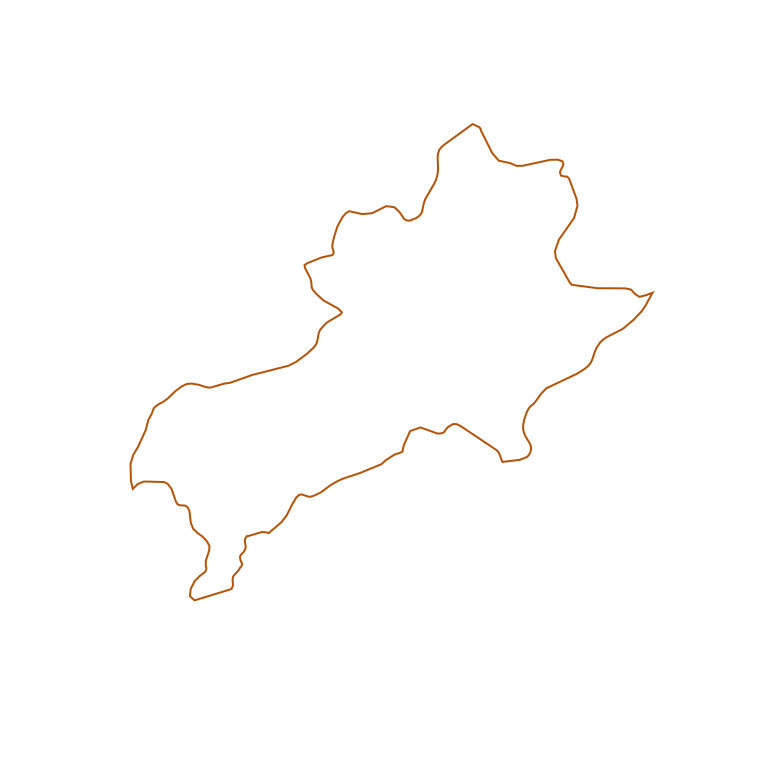 Janakpur, Robinson projection, rotated 210°
{"feature_id": "NPL-1131", "entity_name": "Janakpur", "entity_type": "Administrative Zone", "adm_level": 1, "iso_a3": "NPL", "parent_name": "Nepal", "parent_adm1": "", "projection": "robinson", "projection_center": [86.017, 27.361], "detail": "fine", "context": "isolated", "style": "outline", "palette": "amber", "viewbox_px": 768, "rotation_deg": 210, "n_neighbors": 0, "source": "natural_earth", "source_scale": "10m", "svg_char_len": 3214}
<svg xmlns="http://www.w3.org/2000/svg" viewBox="0 0 768 768"><g transform="rotate(210 384 384)"><path d="M439.9,101.9L446.0,103.2L449.0,110.1L449.4,118.9L447.4,126.0L444.9,132.0L445.5,135.3L447.8,138.0L450.0,142.0L452.1,152.3L454.2,156.5L458.6,159.2L458.8,159.3L464.9,161.1L471.1,161.8L476.9,163.2L481.9,167.2L489.0,176.7L491.9,178.8L494.9,179.4L497.3,178.4L499.8,177.0L502.6,176.6L505.3,178.0L515.5,186.9L521.4,189.4L525.5,189.1L536.6,183.1L543.1,179.5L547.2,174.3L549.1,167.6L554.6,173.4L563.6,188.1L565.7,197.2L565.6,206.8L567.3,224.8L570.1,234.8L570.3,242.2L571.3,248.0L570.1,251.7L568.7,254.4L566.4,258.0L564.1,263.1L561.1,273.5L558.0,280.8L554.7,285.5L550.8,288.2L543.7,290.8L537.3,292.1L534.4,293.1L532.3,294.3L522.4,304.6L518.0,308.0L502.9,325.7L475.8,352.1L471.2,359.2L466.0,371.2L463.5,379.1L462.8,382.3L462.7,385.1L463.2,387.7L466.0,395.5L466.4,398.6L465.7,403.0L464.2,408.7L456.4,422.7L456.4,425.0L461.3,426.4L478.2,426.1L488.0,428.3L492.6,429.9L495.1,431.7L497.1,434.8L499.3,437.5L500.7,438.8L510.2,444.8L511.5,446.2L512.3,447.3L510.5,450.7L501.3,462.4L493.1,469.9L493.0,471.9L493.9,473.6L495.5,474.9L496.9,476.4L498.3,478.5L501.0,487.3L503.2,497.6L503.4,508.0L502.3,513.2L500.5,516.3L487.7,520.3L479.7,526.0L470.9,539.2L463.6,542.2L460.7,541.7L456.7,540.7L448.8,537.0L446.0,537.0L443.3,538.4L439.2,543.6L437.9,546.2L437.2,548.5L437.0,550.8L437.4,553.0L439.9,560.4L440.7,564.9L440.7,582.7L441.0,586.4L441.8,590.0L443.1,594.0L445.1,598.0L450.6,606.6L452.2,610.0L453.2,614.2L452.8,617.6L451.8,620.7L437.6,652.6L437.2,653.5L436.7,653.5L429.8,654.0L427.9,653.2L426.4,651.7L405.4,637.9L396.2,634.8L385.4,638.3L378.2,639.2L372.9,642.4L352.2,661.2L345.6,665.2L340.7,666.1L338.6,664.1L338.0,661.3L338.0,658.2L337.4,655.2L335.0,653.0L332.1,653.8L329.0,655.1L326.3,654.3L309.9,640.7L305.6,635.2L302.4,622.7L304.7,596.4L302.3,584.3L298.0,578.9L274.3,565.0L271.0,563.8L247.0,573.7L233.7,581.3L222.7,587.5L217.2,589.3L211.7,587.5L206.4,587.2L201.4,592.0L197.1,597.3L197.1,597.2L196.7,582.7L197.3,575.5L200.0,564.3L204.7,551.3L214.6,535.9L216.4,532.0L217.6,527.9L218.0,521.7L217.5,517.2L216.9,513.9L216.3,511.8L215.8,508.7L215.6,505.9L216.2,501.8L217.6,497.8L222.0,489.4L241.3,461.4L243.2,453.4L244.0,444.3L244.6,441.6L245.2,439.8L246.0,438.2L246.5,435.2L246.3,431.2L244.7,422.9L243.0,418.2L241.3,415.0L239.8,413.2L238.0,411.4L235.6,409.6L228.2,405.5L225.5,403.4L224.0,401.1L223.1,398.0L223.1,394.8L223.6,392.4L228.4,386.3L242.5,375.7L249.1,381.1L251.0,382.2L253.1,383.0L296.7,385.9L300.8,385.6L304.1,383.9L306.9,379.1L307.7,375.5L307.9,372.4L309.5,370.0L313.0,367.8L330.7,364.6L337.8,356.4L336.4,342.0L335.9,339.8L334.3,334.8L334.3,334.7L334.2,334.6L335.8,332.3L339.2,328.6L341.1,325.3L344.5,318.5L346.0,313.5L360.4,294.8L372.3,281.4L375.9,276.2L379.6,269.9L384.4,258.7L388.6,252.5L391.5,249.4L393.3,248.6L400.2,247.2L402.1,245.3L403.2,241.9L403.3,234.2L402.6,221.5L403.7,213.1L409.3,197.2L411.4,196.8L415.7,194.8L425.2,184.8L426.9,183.4L426.7,179.7L425.2,177.2L423.2,175.1L421.7,172.4L421.5,168.5L422.4,165.4L422.5,162.5L419.8,159.3L416.7,157.0L416.3,155.0L416.8,152.7L416.8,149.8L418.2,143.8L418.4,141.9L417.4,139.1L414.0,133.8L413.6,130.2L439.9,101.9Z" fill="none" stroke="#b45309" stroke-width="2"/></g></svg>